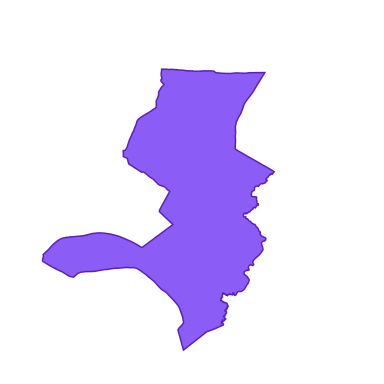 outline of Bilene, Gaza, Mozambique, rotated 211°
{"feature_id": "85939544B43586850524471", "entity_name": "Bilene", "entity_type": "district", "adm_level": 2, "iso_a3": "MOZ", "parent_name": "Mozambique", "parent_adm1": "Gaza", "projection": "mercator", "projection_center": [33.116, -25.072], "detail": "fine", "context": "isolated", "style": "filled", "palette": "violet", "viewbox_px": 384, "rotation_deg": 211, "n_neighbors": 0, "source": "geoboundaries", "source_scale": "gbopen_adm2", "svg_char_len": 6022}
<svg xmlns="http://www.w3.org/2000/svg" viewBox="0 0 384 384"><g transform="rotate(211 192 192)"><path d="M287.3,61.6L286.1,60.2L285.3,57.0L284.6,56.0L284.0,55.7L276.4,55.6L268.3,56.0L266.9,56.2L266.4,56.2L261.9,56.7L254.5,56.6L253.4,56.7L250.2,57.8L249.5,58.3L249.3,58.9L248.6,61.7L248.0,63.2L246.2,65.8L242.0,69.1L236.8,72.3L234.3,74.1L227.3,80.3L224.9,81.9L219.8,86.2L216.3,88.5L210.4,92.8L208.9,93.8L205.5,95.5L204.4,96.3L202.0,97.6L199.6,98.1L196.2,98.1L189.5,97.5L186.3,97.0L185.7,96.9L185.3,96.6L184.9,96.8L178.9,95.9L177.1,95.5L170.5,93.4L167.8,92.8L162.8,92.7L152.5,89.9L146.3,87.9L144.2,86.9L141.2,84.7L138.6,82.4L137.8,82.0L137.2,81.2L136.2,80.6L132.1,76.0L131.9,73.6L133.0,69.2L133.0,66.5L117.9,52.1L107.4,79.8L102.5,85.8L96.7,94.1L96.8,94.7L97.1,95.0L99.0,95.1L99.3,94.9L99.4,95.4L99.6,95.7L99.5,96.2L99.9,96.4L99.7,96.6L99.2,96.7L98.7,96.3L98.6,96.5L99.0,96.9L98.9,97.2L99.5,97.9L99.2,97.9L98.9,98.1L98.4,98.1L98.3,98.5L98.0,98.6L98.2,99.0L97.9,100.0L97.6,100.5L97.8,100.7L98.6,100.9L98.9,100.7L99.5,100.8L100.8,101.4L100.9,101.6L100.8,101.8L100.1,102.3L99.9,102.6L100.1,102.9L100.7,103.1L100.8,103.2L100.1,104.1L100.2,104.8L100.1,106.1L100.2,106.4L100.5,106.5L100.8,107.0L101.4,107.2L102.6,107.0L102.8,107.3L102.9,107.7L102.6,108.5L102.3,108.8L101.8,108.9L101.8,109.2L102.0,109.7L102.6,109.7L102.7,110.0L102.5,110.4L101.9,110.9L102.0,111.2L102.6,111.4L102.7,111.6L102.7,111.8L102.2,112.2L102.1,112.6L102.3,112.8L102.7,113.0L103.0,113.4L103.8,113.5L104.1,114.2L104.9,114.6L106.3,114.5L107.4,113.7L108.2,114.2L108.5,114.1L108.7,113.8L109.1,113.8L110.4,114.2L110.7,114.1L111.0,113.6L111.4,113.7L112.2,114.7L112.2,115.0L111.8,115.5L112.2,115.7L112.0,116.1L112.4,116.5L111.8,117.6L112.2,118.2L112.8,118.7L112.9,119.5L113.1,119.8L113.0,120.6L113.5,121.1L113.1,121.6L112.8,121.7L112.4,121.7L112.2,121.6L112.1,121.0L111.8,121.0L111.5,121.4L110.7,121.7L110.1,121.5L109.8,121.1L109.4,121.2L108.8,121.5L108.4,121.5L108.5,121.8L108.8,122.1L108.3,122.6L107.5,122.8L107.3,123.2L107.6,123.6L107.5,124.0L107.0,124.0L106.6,124.2L105.8,124.1L105.2,124.5L104.4,124.6L104.1,124.8L103.9,125.9L104.8,126.1L105.0,126.4L104.9,126.7L104.4,126.9L103.6,126.7L102.5,125.6L102.0,125.4L101.6,126.0L101.4,126.4L101.3,127.1L101.6,128.7L101.2,130.3L100.6,130.9L99.3,131.5L98.5,132.3L97.2,134.9L97.0,136.3L97.1,140.6L96.9,142.4L97.1,144.2L97.8,146.1L98.3,146.6L101.5,148.0L104.9,148.3L105.4,148.8L106.1,150.5L106.1,150.8L104.7,153.3L103.6,153.5L103.5,153.9L103.1,154.4L103.1,154.9L104.3,155.7L104.9,156.6L105.3,157.5L105.2,158.5L104.2,159.9L102.5,160.1L102.0,160.4L101.7,161.3L101.8,161.8L102.3,161.8L103.8,163.1L104.1,164.7L104.1,165.7L101.8,173.3L101.4,177.1L101.4,179.1L102.9,180.9L105.2,182.8L106.1,183.9L106.2,184.8L106.1,186.0L104.8,187.1L104.3,188.0L104.2,189.1L104.4,189.6L104.7,190.1L105.6,190.6L107.2,190.3L109.3,190.2L110.1,190.2L110.8,190.5L112.2,191.1L112.4,191.4L112.2,191.9L112.4,192.4L112.9,192.8L113.6,193.1L114.9,193.2L116.0,194.4L117.5,195.1L119.4,195.4L120.0,195.9L121.3,196.6L122.7,196.1L123.9,196.3L124.6,196.0L125.2,196.1L126.4,196.9L128.4,196.6L130.7,197.6L131.8,197.1L132.4,197.2L133.1,198.4L133.5,198.4L134.2,197.6L135.1,197.3L135.3,197.4L135.5,198.0L136.1,198.6L136.3,200.0L136.1,200.6L135.7,200.7L135.4,201.4L135.1,201.6L134.7,201.0L134.3,201.2L134.1,201.9L133.7,202.1L133.7,202.6L133.4,202.8L133.2,204.0L132.4,204.5L132.2,204.8L132.2,206.2L131.1,208.7L131.0,209.2L131.4,210.3L130.7,210.7L129.5,211.0L129.5,212.5L130.0,213.7L129.8,214.0L129.2,214.0L128.8,214.2L128.6,214.4L128.5,215.1L128.7,215.6L129.2,216.0L130.3,215.9L131.4,216.7L131.6,217.0L131.8,217.8L132.0,218.1L132.5,218.3L133.5,219.7L133.7,220.5L133.9,220.8L134.7,220.8L135.5,220.5L136.3,220.0L136.7,219.6L137.3,219.4L138.6,219.2L138.9,219.2L139.4,219.7L140.1,220.9L140.7,223.0L140.7,223.7L139.7,225.1L139.5,225.8L140.3,227.2L140.6,227.9L140.6,228.6L140.4,229.4L140.1,230.0L139.6,230.4L138.2,230.8L138.0,231.1L137.8,232.9L137.5,233.8L136.9,234.8L135.6,235.4L135.1,236.4L134.1,237.3L133.8,237.9L133.8,238.5L134.1,239.3L134.0,239.6L133.5,239.8L133.6,240.6L133.7,240.8L134.8,240.9L135.3,241.6L135.3,242.1L134.6,243.5L134.5,245.8L133.9,246.7L133.8,247.2L134.0,248.1L133.9,248.3L132.8,248.2L132.3,248.6L132.0,251.7L136.3,251.8L162.5,251.2L176.7,251.0L177.4,251.8L178.2,253.0L180.9,258.1L184.0,262.7L184.7,264.5L188.6,270.6L190.0,274.8L190.2,276.5L190.6,280.8L190.6,284.1L190.9,286.3L192.5,294.1L192.5,297.3L191.3,308.2L191.2,310.8L191.3,314.0L191.2,316.9L191.4,317.6L191.2,319.1L191.1,331.9L204.1,323.9L206.5,322.0L207.9,321.0L215.7,316.7L220.1,313.4L225.8,310.1L232.4,306.8L233.3,306.5L234.2,306.6L234.9,306.9L235.5,306.8L236.8,306.3L244.0,302.1L248.3,299.1L252.4,296.6L253.0,296.3L254.1,296.1L254.8,295.5L257.0,294.3L259.9,292.8L262.8,291.7L265.2,290.2L267.9,289.1L270.3,287.8L272.5,286.8L274.1,285.6L276.0,284.6L277.9,283.8L278.6,283.1L280.2,282.3L281.3,281.7L280.3,279.8L279.8,278.3L278.9,276.7L278.4,276.0L276.0,273.6L276.4,272.9L276.4,272.4L275.9,271.2L275.1,270.8L272.7,270.0L271.5,270.0L271.5,268.7L272.0,266.8L272.2,264.7L272.1,260.7L272.0,260.3L270.8,258.3L270.1,256.1L269.9,255.2L269.7,252.5L269.4,251.3L266.8,247.2L266.4,245.8L266.6,245.0L267.4,243.6L269.8,238.2L272.5,233.4L274.6,229.0L275.6,226.4L275.6,224.5L275.1,222.3L274.8,221.7L274.6,220.8L274.1,216.8L273.5,214.5L273.5,211.7L272.8,208.0L272.5,204.5L271.8,201.4L270.9,197.9L270.7,196.5L270.7,193.6L270.9,192.9L272.3,192.1L269.1,187.0L264.9,187.6L260.7,183.5L245.5,183.0L244.5,183.9L243.9,184.1L242.0,184.1L239.2,183.7L236.5,183.2L231.5,183.0L224.6,181.2L223.0,181.3L218.0,182.3L216.8,182.2L214.3,181.3L211.4,181.1L210.5,159.6L209.7,158.3L191.6,154.3L206.2,118.8L207.3,118.5L212.2,118.6L219.0,118.2L227.4,117.1L232.2,116.3L232.9,116.0L233.4,116.0L240.0,114.0L245.2,111.9L248.5,110.3L251.8,108.3L255.9,105.2L261.8,99.3L264.0,97.4L267.9,94.7L269.1,93.6L273.4,90.7L273.6,90.4L273.9,90.3L274.6,89.5L275.8,88.8L277.1,87.7L277.3,87.3L278.3,86.6L280.0,84.8L282.1,81.1L284.0,75.7L284.9,71.6L285.0,70.3L286.1,66.1L287.0,63.1L287.3,61.6Z" fill="#8b5cf6" stroke="#5b21b6" stroke-width="1.5"/></g></svg>